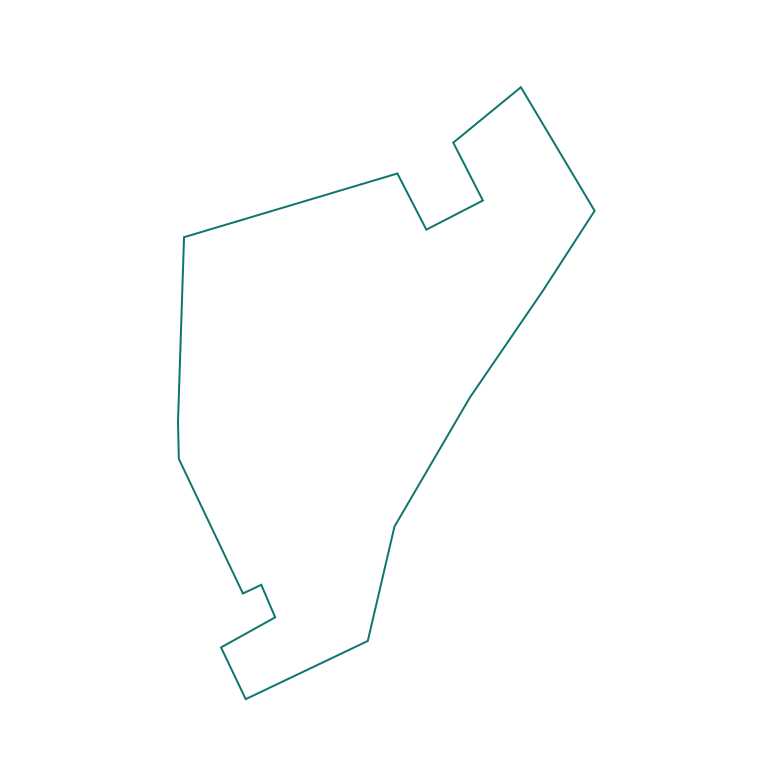 Navoi city, Navoi, Uzbekistan (Equal Earth projection), rotated 63°
{"feature_id": "79887680B50515464661087", "entity_name": "Navoi city", "entity_type": "district", "adm_level": 2, "iso_a3": "UZB", "parent_name": "Uzbekistan", "parent_adm1": "Navoi", "projection": "equal_earth", "projection_center": [65.362, 40.044], "detail": "fine", "context": "isolated", "style": "outline", "palette": "teal", "viewbox_px": 768, "rotation_deg": 63, "n_neighbors": 0, "source": "geoboundaries", "source_scale": "gbopen_adm2", "svg_char_len": 393}
<svg xmlns="http://www.w3.org/2000/svg" viewBox="0 0 768 768"><g transform="rotate(63 384 384)"><path d="M373.0,200.0L325.3,117.7L181.7,127.3L200.4,212.7L265.4,212.6L265.7,276.2L202.5,276.5L162.4,495.5L324.5,584.9L357.6,600.8L506.6,604.8L507.2,584.5L542.5,586.9L544.7,648.8L602.0,650.3L605.6,515.1L515.8,439.4L435.0,313.6L373.0,200.0Z" fill="none" stroke="#0f766e" stroke-width="2"/></g></svg>